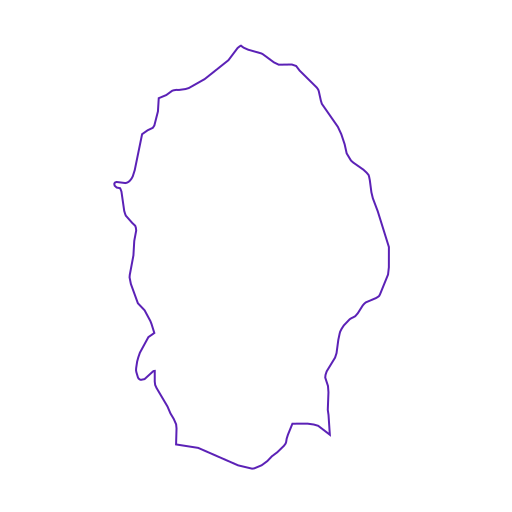 map outline of Kâmpóng Chhnang (Equal Earth projection), rotated 173°
{"feature_id": "KHM-1785", "entity_name": "Kâmpóng Chhnang", "entity_type": "Province", "adm_level": 1, "iso_a3": "KHM", "parent_name": "Cambodia", "parent_adm1": "", "projection": "equal_earth", "projection_center": [104.594, 12.169], "detail": "fine", "context": "isolated", "style": "outline", "palette": "violet", "viewbox_px": 512, "rotation_deg": 173, "n_neighbors": 0, "source": "natural_earth", "source_scale": "10m", "svg_char_len": 1967}
<svg xmlns="http://www.w3.org/2000/svg" viewBox="0 0 512 512"><g transform="rotate(173 256 256)"><path d="M129.7,285.5L123.0,248.7L125.5,228.6L127.2,221.5L137.5,203.0L138.6,201.4L139.5,200.8L141.8,199.7L152.6,196.6L154.3,195.5L156.1,193.9L161.9,186.8L164.9,184.1L167.5,183.1L168.8,182.7L170.7,181.8L177.3,176.4L179.9,173.3L181.7,170.6L182.4,168.9L184.5,162.8L187.9,149.8L189.9,145.5L199.9,132.9L201.5,129.5L202.1,126.9L200.4,118.2L200.7,111.9L203.5,94.5L203.4,89.4L204.5,69.6L215.0,79.9L219.2,81.7L225.2,83.3L240.3,85.1L246.1,74.7L247.8,71.0L248.8,67.6L249.5,66.2L251.4,64.2L258.8,58.6L264.6,55.3L269.7,51.1L275.9,47.6L283.7,45.4L285.8,45.4L299.3,50.4L336.8,72.6L358.3,78.7L355.9,94.5L355.8,98.7L357.5,104.3L360.1,110.2L362.2,117.4L370.8,137.1L371.8,140.3L371.8,143.8L370.5,154.3L371.5,154.3L372.3,154.0L381.6,147.4L385.3,147.1L386.4,147.6L387.5,148.7L388.0,150.0L388.9,155.3L389.0,157.2L388.6,159.4L386.8,165.8L385.2,169.7L383.0,174.2L372.7,188.6L366.3,192.0L368.0,201.3L368.8,204.4L373.2,215.7L379.0,223.5L383.6,243.5L384.1,250.2L383.6,252.6L377.6,271.5L375.0,285.8L371.8,295.9L371.8,298.7L372.2,300.7L374.9,304.0L380.3,311.9L380.8,313.9L381.3,316.8L381.7,336.3L382.3,338.8L382.7,339.9L385.9,340.9L387.7,343.0L387.9,344.8L387.2,346.0L385.5,346.5L376.7,344.3L375.2,344.5L373.5,345.1L371.9,346.2L370.1,348.0L368.6,350.1L365.9,356.0L354.2,390.8L348.2,394.0L342.8,395.8L341.0,397.9L335.7,411.5L333.3,424.5L325.4,426.7L319.1,430.2L317.6,430.5L314.9,430.6L312.3,430.2L305.6,430.3L302.2,430.9L285.3,437.9L259.5,453.7L248.9,464.7L246.6,466.1L245.3,466.6L243.6,464.9L242.6,464.1L238.6,461.7L226.0,456.4L224.8,455.6L214.6,446.0L210.1,443.1L197.1,441.7L193.0,439.7L190.1,434.7L175.1,415.7L174.0,413.6L173.6,411.9L172.7,402.4L172.1,399.0L159.0,374.2L156.5,366.5L154.4,356.1L153.5,346.8L150.3,339.6L149.8,338.8L148.0,336.8L138.8,328.5L136.1,325.3L134.4,322.7L134.1,321.1L133.8,317.3L133.7,305.2L133.0,299.1L129.7,285.5Z" fill="none" stroke="#5b21b6" stroke-width="2"/></g></svg>